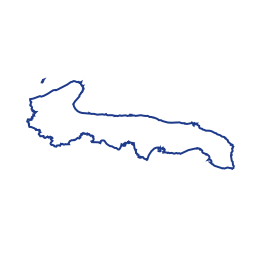 the district of Puglia, Bari, Italy, rotated 339°
{"feature_id": "23120603B69806914684511", "entity_name": "Puglia", "entity_type": "district", "adm_level": 2, "iso_a3": "ITA", "parent_name": "Italy", "parent_adm1": "Bari", "projection": "natural_earth1", "projection_center": [17.16, 41.008], "detail": "fine", "context": "isolated", "style": "outline", "palette": "blue", "viewbox_px": 256, "rotation_deg": 339, "n_neighbors": 0, "source": "geoboundaries", "source_scale": "gbopen_adm2", "svg_char_len": 5823}
<svg xmlns="http://www.w3.org/2000/svg" viewBox="0 0 256 256"><g transform="rotate(339 128 128)"><path d="M37.9,92.3L40.8,95.0L41.2,96.5L41.8,96.3L42.0,97.1L44.7,98.0L44.8,98.6L44.2,98.8L44.0,99.5L44.6,100.5L43.6,100.7L42.5,101.7L43.2,104.3L46.2,105.2L46.0,106.2L46.6,106.8L46.5,107.2L47.1,107.6L49.7,107.2L49.7,107.7L50.5,107.9L50.7,108.6L52.2,108.2L53.6,109.6L53.8,110.2L52.0,110.5L52.0,111.2L52.9,112.9L50.9,113.9L50.1,114.8L50.1,115.7L50.7,116.5L51.6,116.7L52.5,118.1L52.9,118.2L52.9,118.8L54.4,119.7L55.5,118.9L57.4,119.5L58.2,120.2L59.7,118.7L60.5,119.5L61.2,119.4L62.2,120.6L63.8,120.6L64.2,121.0L67.1,122.0L67.0,121.0L69.0,119.4L71.0,119.2L72.4,119.8L73.4,119.7L73.6,120.1L74.7,120.1L77.4,119.2L78.7,120.3L80.2,119.8L80.5,119.0L80.2,118.5L81.8,118.0L81.9,117.3L82.5,117.7L82.9,117.0L83.6,117.2L83.9,116.6L84.3,116.6L85.1,117.7L85.5,117.5L86.5,118.5L88.1,118.5L88.5,119.2L88.2,119.6L89.3,119.6L89.6,119.9L89.4,120.4L90.5,122.1L90.9,121.8L91.8,122.2L92.6,123.3L92.6,123.8L91.9,124.1L92.1,125.7L91.9,126.2L90.9,127.4L89.1,127.4L89.3,128.3L95.2,130.7L96.7,132.2L97.3,131.6L97.5,130.8L98.8,130.2L100.8,130.9L101.4,131.5L102.3,135.0L103.6,137.0L104.7,138.4L106.6,139.5L108.3,141.7L109.9,142.5L111.2,144.6L112.2,144.8L113.3,144.1L115.0,142.5L116.1,140.9L116.7,141.8L117.2,141.9L117.0,142.7L118.0,143.3L118.3,143.2L117.8,142.8L118.1,142.3L117.6,142.0L117.9,141.5L118.8,141.2L119.3,142.3L119.5,142.5L119.7,142.1L119.7,142.5L120.0,142.2L119.5,141.1L120.1,140.8L120.9,141.5L122.8,141.4L123.2,141.6L123.1,142.1L123.9,142.1L123.9,142.5L124.3,142.5L124.4,141.7L124.9,142.4L127.6,144.0L126.7,144.5L126.5,144.2L126.1,144.7L126.9,145.6L127.7,145.6L126.8,149.2L126.9,150.3L127.7,151.2L126.9,151.8L127.2,152.3L126.5,154.2L127.5,155.5L127.1,156.2L128.2,157.2L127.3,159.0L128.5,160.0L129.0,159.6L129.1,160.1L130.4,160.4L130.5,160.0L131.5,160.5L131.9,162.0L133.2,163.5L133.7,163.5L134.0,164.1L134.3,163.8L134.8,164.3L137.6,160.9L141.4,158.1L145.1,156.6L147.4,156.5L149.2,157.1L149.0,158.1L150.0,157.3L149.6,158.0L150.1,157.7L150.7,158.4L150.9,158.2L150.8,159.1L151.4,159.1L151.6,159.5L151.5,159.2L151.8,159.4L151.8,159.1L152.7,159.4L152.7,159.1L153.2,159.0L153.1,159.3L154.3,160.2L154.5,161.1L154.3,161.2L154.7,161.5L154.3,161.4L154.2,162.0L153.5,162.6L152.3,162.8L152.1,163.6L153.1,163.6L155.8,165.1L156.0,165.5L156.9,165.5L157.6,166.3L159.9,166.9L161.9,168.5L164.3,168.7L165.1,169.5L167.0,170.0L167.7,170.9L176.5,170.3L183.5,171.3L184.7,171.9L185.1,171.5L185.8,171.7L186.2,172.4L187.0,172.6L187.3,173.5L187.6,173.2L188.2,173.6L188.2,174.4L187.6,173.8L189.2,175.6L188.7,177.0L189.1,178.1L190.9,179.7L191.1,180.4L191.7,180.4L191.9,181.0L192.3,180.9L193.5,182.9L193.6,184.4L193.1,185.6L191.5,186.4L192.9,186.6L193.9,187.8L194.0,188.9L193.8,189.7L193.3,190.2L192.6,189.9L193.6,191.8L194.3,192.3L194.5,193.2L195.5,194.5L201.8,199.6L202.4,199.6L203.6,200.4L206.9,200.6L209.2,202.2L209.8,202.3L210.8,203.4L211.6,202.9L211.4,203.2L212.0,203.2L213.1,201.5L212.8,200.1L213.6,197.0L213.1,195.8L214.3,190.5L214.8,189.8L215.2,190.0L215.4,188.3L217.4,187.0L217.8,184.7L218.0,184.8L219.7,183.0L219.0,181.8L219.5,181.2L218.8,180.4L218.0,180.4L218.2,179.9L217.2,177.8L216.8,177.5L216.5,176.4L216.8,175.3L215.6,173.3L215.6,172.6L215.0,172.3L215.1,171.7L214.6,170.9L212.7,169.7L211.4,167.7L209.1,165.9L208.6,165.2L208.6,164.7L207.2,163.7L204.9,161.0L203.2,159.8L199.4,158.2L198.8,157.3L197.0,156.0L196.9,155.3L195.1,154.0L194.7,153.1L195.2,151.5L193.7,149.7L193.6,148.9L194.0,148.6L192.8,148.2L191.9,148.1L192.3,148.3L192.0,148.5L191.5,148.0L191.4,148.4L190.5,148.4L190.5,148.9L190.3,149.2L190.0,148.6L189.1,148.7L190.3,148.4L190.9,147.3L191.2,147.3L191.2,147.8L191.4,147.3L192.7,147.2L190.5,147.2L189.6,145.8L189.1,146.2L184.6,145.4L182.5,144.3L182.6,143.8L179.8,142.7L178.1,141.2L170.3,138.6L167.2,137.2L162.7,133.9L161.5,132.5L159.6,131.7L158.8,130.2L156.9,128.4L157.3,128.3L156.7,128.3L155.5,127.2L155.2,127.3L153.7,126.0L152.2,125.5L150.9,123.9L148.6,123.0L146.9,122.1L146.8,121.6L146.8,122.0L144.4,120.6L139.6,119.5L138.0,118.4L135.5,117.7L135.1,117.5L135.5,117.5L135.1,117.2L135.1,116.6L134.9,116.4L133.9,116.1L135.1,116.6L134.6,116.8L134.9,117.0L134.2,117.3L133.7,116.9L134.1,116.5L133.1,116.8L131.9,116.6L130.3,115.3L126.1,114.2L124.9,113.3L122.6,113.2L120.8,112.0L121.1,112.4L120.3,112.2L120.7,111.8L120.2,112.0L117.7,110.3L113.5,108.8L112.2,107.4L112.0,107.7L112.2,107.3L111.1,107.3L108.9,106.0L106.2,105.2L105.6,104.8L105.7,104.5L105.7,104.2L105.6,104.9L105.2,104.8L105.4,104.2L104.9,104.8L104.0,104.5L101.1,102.5L98.8,101.7L97.5,100.5L97.5,100.8L97.1,100.7L90.5,97.5L88.4,95.9L86.8,93.9L85.6,91.0L85.3,88.0L85.7,85.9L86.7,85.7L86.2,85.6L86.7,85.2L86.9,85.8L86.8,85.1L87.8,84.3L94.0,81.1L94.4,80.0L96.7,78.7L96.9,78.2L98.1,78.0L98.3,77.4L99.1,77.1L99.3,76.4L100.2,76.0L100.6,75.4L100.3,75.0L100.7,74.7L100.6,72.8L100.9,72.6L100.3,72.5L100.5,71.9L100.1,71.7L99.7,70.4L99.8,69.2L100.2,68.9L99.5,68.7L99.9,68.4L99.1,68.5L98.6,67.3L96.9,66.9L95.0,65.2L93.9,64.7L92.1,64.9L91.4,64.6L86.8,65.7L75.9,66.9L74.2,66.9L73.8,66.4L71.4,66.0L65.3,67.3L60.7,67.8L58.3,67.6L57.2,66.7L50.2,66.6L46.9,66.0L46.5,67.8L47.0,69.2L46.2,69.7L45.9,70.8L45.1,71.3L44.9,72.1L45.6,73.1L45.8,74.2L45.6,74.9L44.9,75.4L44.7,76.4L45.7,77.5L45.0,77.5L44.9,77.9L45.9,79.4L47.9,80.1L45.7,81.1L45.1,81.6L44.9,82.5L44.3,81.8L44.1,82.3L44.3,82.5L43.3,82.9L43.2,83.4L42.2,83.4L41.9,84.2L42.0,84.7L41.3,84.6L41.0,85.7L40.1,85.7L39.8,85.2L39.2,85.2L39.1,84.7L37.6,84.1L36.3,85.8L37.3,86.5L36.9,87.0L37.1,87.6L36.8,88.5L37.1,88.8L36.4,90.3L36.4,91.7L37.9,92.3ZM123.0,141.1L123.5,141.3L123.5,141.5L122.9,141.4L123.0,141.1ZM65.0,53.5L64.1,54.2L64.2,54.7L64.9,54.5L65.2,53.7L65.0,53.5ZM150.2,161.1L149.9,160.4L148.9,160.9L149.5,161.3L150.2,161.1ZM66.6,52.6L65.9,52.6L65.8,53.1L66.6,52.6ZM65.6,53.8L66.3,53.2L65.4,53.8L65.6,53.8Z" fill="none" stroke="#1e3a8a" stroke-width="2"/></g></svg>